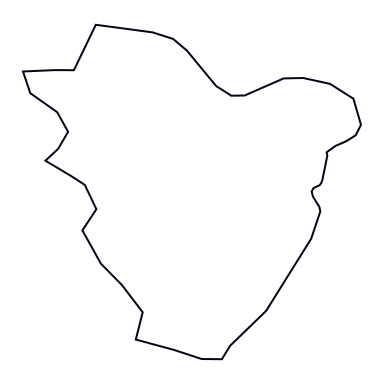 outline of Kosovska Kamenica
{"feature_id": "KOS-5907", "entity_name": "Kosovska Kamenica", "entity_type": "District", "adm_level": 1, "iso_a3": "XKX", "parent_name": "Kosovo", "parent_adm1": "", "projection": "equal_earth", "projection_center": [21.605, 42.591], "detail": "fine", "context": "isolated", "style": "outline", "palette": "ink", "viewbox_px": 384, "rotation_deg": 0, "n_neighbors": 0, "source": "natural_earth", "source_scale": "10m", "svg_char_len": 684}
<svg xmlns="http://www.w3.org/2000/svg" viewBox="0 0 384 384"><path d="M95.8,24.8L152.7,32.4L173.2,39.0L187.1,50.8L216.1,86.0L231.3,95.7L244.6,95.5L283.7,78.4L303.2,78.0L330.1,83.9L335.1,87.1L353.4,98.7L361.0,124.8L355.8,135.2L346.3,141.2L335.5,145.9L326.6,152.3L327.3,155.8L322.4,179.8L321.3,183.0L319.6,185.2L313.4,188.2L311.7,191.6L313.0,196.7L319.4,207.0L320.3,211.5L311.2,238.7L266.1,310.9L229.9,346.0L221.9,359.2L201.5,359.0L174.3,350.0L135.8,339.6L142.7,312.3L121.9,285.0L101.0,263.8L82.4,230.4L96.4,209.2L84.8,184.9L70.9,175.9L45.4,160.7L58.2,148.8L68.1,131.8L57.2,112.2L30.3,93.2L23.0,71.5L54.5,70.1L73.9,70.2L95.8,24.8Z" fill="none" stroke="#020617" stroke-width="2"/></svg>